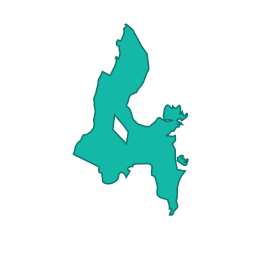 the Province of Camarines Sur, rotated 68°
{"feature_id": "PHL-2538", "entity_name": "Camarines Sur", "entity_type": "Province", "adm_level": 1, "iso_a3": "PHL", "parent_name": "Philippines", "parent_adm1": "", "projection": "mercator", "projection_center": [123.353, 13.672], "detail": "fine", "context": "isolated", "style": "filled", "palette": "teal", "viewbox_px": 256, "rotation_deg": 68, "n_neighbors": 0, "source": "natural_earth", "source_scale": "10m", "svg_char_len": 3366}
<svg xmlns="http://www.w3.org/2000/svg" viewBox="0 0 256 256"><g transform="rotate(68 128 128)"><path d="M98.3,106.9L98.0,108.4L98.4,113.4L100.7,116.2L103.8,118.2L106.4,121.0L107.5,121.0L110.3,119.5L113.7,119.3L121.0,120.0L122.5,119.7L126.7,118.0L128.2,117.1L133.0,111.5L133.8,109.8L134.1,108.9L134.6,108.0L134.8,107.1L133.9,105.3L132.3,100.1L130.1,97.0L130.1,94.9L134.6,91.6L135.2,91.0L136.3,90.2L137.1,88.3L137.5,86.1L137.6,84.2L136.2,85.7L134.5,90.1L133.3,91.0L131.4,91.0L130.1,90.7L123.8,86.8L122.2,85.1L121.5,82.7L122.8,81.6L125.2,80.7L126.5,79.8L124.4,78.4L127.1,77.3L127.5,75.7L126.2,72.1L127.5,71.4L130.3,72.3L134.7,74.5L134.7,73.6L134.2,73.2L132.9,71.6L136.8,71.8L137.6,71.6L137.6,70.6L136.5,68.1L137.1,67.6L138.9,68.4L140.1,70.5L141.3,75.5L139.0,76.1L138.5,77.8L139.1,79.4L139.9,79.8L142.4,77.5L143.6,76.7L145.1,76.4L144.4,77.3L143.2,80.3L144.6,79.7L145.1,79.4L146.0,80.3L145.4,82.9L148.1,86.8L147.0,89.0L147.9,90.3L148.6,91.7L148.9,93.2L148.9,94.9L149.8,94.9L150.5,93.1L151.6,91.7L152.5,90.0L152.6,87.1L155.4,87.9L157.2,88.7L158.3,90.2L159.2,92.9L165.5,92.3L175.7,96.2L185.1,98.0L189.3,91.0L192.3,96.3L196.6,100.9L201.9,104.7L211.9,109.0L212.2,109.4L212.4,109.9L212.8,110.3L214.5,110.8L217.8,110.9L219.4,111.3L220.3,112.2L222.2,116.3L224.6,118.5L225.1,120.0L224.1,122.0L221.8,120.1L221.0,119.2L220.3,118.1L219.4,118.1L219.2,118.7L218.5,120.0L216.5,119.0L214.1,118.5L209.5,118.1L208.3,119.3L206.4,122.0L203.9,124.6L201.0,125.8L198.6,125.2L193.6,122.6L186.0,121.5L183.1,121.5L181.8,122.5L180.5,123.6L177.6,122.6L174.5,120.9L172.3,120.0L169.9,120.9L168.5,122.8L164.1,134.5L163.9,137.4L165.0,137.7L165.6,138.1L165.2,138.9L164.9,139.6L164.8,140.3L164.8,141.8L165.2,143.4L166.1,143.9L167.3,143.4L168.6,142.3L173.1,148.2L171.8,148.1L169.3,148.5L167.3,149.6L166.4,151.6L167.1,153.4L168.6,154.5L170.4,155.5L171.8,156.9L172.9,160.1L173.2,163.4L172.6,166.7L171.0,169.6L169.1,171.2L167.5,171.4L165.8,170.7L160.0,169.2L159.6,169.5L159.2,170.3L158.7,171.1L157.8,171.4L155.3,170.7L154.1,169.6L152.9,169.5L132.8,187.7L131.7,188.4L130.6,187.1L125.5,183.5L123.4,180.9L122.8,179.7L122.1,177.5L121.5,176.2L117.8,172.3L118.6,168.4L117.4,163.6L114.7,159.5L111.7,157.8L107.8,156.8L100.5,152.1L96.6,151.1L94.3,150.8L91.2,149.4L89.1,149.1L87.7,148.5L84.4,145.3L75.9,139.2L74.1,138.4L72.2,137.4L68.1,132.3L66.1,130.6L72.7,124.9L66.0,117.3L62.7,114.4L58.5,112.3L58.5,113.2L57.6,112.3L58.5,111.3L60.2,111.3L59.6,110.0L57.7,108.5L55.8,107.4L50.4,106.3L49.1,105.5L47.5,107.0L45.7,107.2L44.0,106.3L42.6,104.5L42.8,103.9L43.8,103.2L44.4,102.3L43.9,101.2L39.8,97.0L38.1,95.9L36.3,95.2L34.5,94.9L34.0,94.0L33.6,92.1L32.8,90.9L31.2,91.9L30.9,91.1L31.3,90.7L38.7,86.8L57.9,84.7L66.3,82.6L79.1,85.9L81.1,86.7L82.2,87.6L83.0,88.7L84.3,90.3L91.2,96.5L93.2,99.1L95.8,103.9L97.3,106.1L98.3,106.9ZM123.7,142.7L142.1,135.4L131.9,129.3L122.7,131.5L110.7,135.4L123.7,142.7ZM182.7,86.7L183.4,86.8L184.2,88.5L183.3,90.3L176.7,94.6L176.1,94.1L175.7,93.7L175.3,93.5L174.9,93.6L174.4,93.5L174.0,92.4L173.9,91.0L173.4,90.0L173.3,89.2L174.3,87.4L174.7,87.2L174.8,88.0L175.1,88.4L175.7,88.3L176.2,88.7L176.6,89.3L176.7,89.0L176.8,87.9L177.4,87.4L178.2,87.4L178.9,87.0L179.6,87.0L180.2,87.4L180.5,87.7L180.8,88.4L181.2,88.3L181.1,87.5L180.9,87.0L180.1,85.6L179.8,85.8L179.3,85.8L179.0,85.2L179.2,84.4L179.7,84.2L181.1,85.1L182.0,86.2L182.7,86.7Z" fill="#14b8a6" stroke="#0f766e" stroke-width="1.5"/></g></svg>